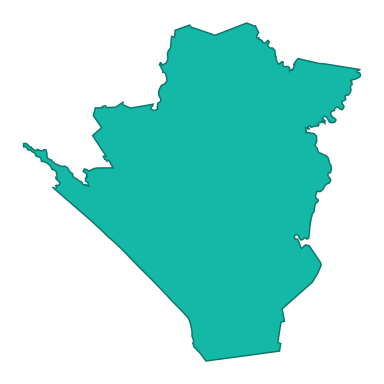 Elota, Sinaloa, Mexico (Albers equal-area conic projection)
{"feature_id": "50627088B50606245291674", "entity_name": "Elota", "entity_type": "district", "adm_level": 2, "iso_a3": "MEX", "parent_name": "Mexico", "parent_adm1": "Sinaloa", "projection": "albers", "projection_center": [-106.918, 24.031], "detail": "fine", "context": "isolated", "style": "filled", "palette": "teal", "viewbox_px": 384, "rotation_deg": 0, "n_neighbors": 0, "source": "geoboundaries", "source_scale": "gbopen_adm2", "svg_char_len": 5861}
<svg xmlns="http://www.w3.org/2000/svg" viewBox="0 0 384 384"><path d="M175.1,30.3L174.6,37.2L171.6,36.3L170.5,47.7L168.1,51.3L167.4,53.9L167.9,59.4L165.8,63.5L164.4,63.9L162.5,65.1L160.7,62.6L160.4,62.6L159.4,64.9L159.7,65.2L160.1,64.9L160.3,65.1L160.9,66.1L161.0,67.5L163.0,71.1L162.8,72.3L163.5,72.2L164.7,72.8L165.5,73.5L166.0,74.5L166.1,75.9L166.6,77.2L167.1,80.6L166.9,81.1L164.4,84.2L162.9,84.6L161.5,85.5L160.4,86.9L160.3,87.7L159.5,89.0L158.7,91.7L158.7,93.9L158.9,95.3L160.7,99.1L160.7,99.9L160.4,101.5L159.9,102.1L158.2,102.7L157.6,103.8L157.5,105.0L157.8,105.9L157.3,106.6L157.2,107.1L157.4,109.3L154.6,110.5L152.1,109.7L151.4,109.1L150.9,108.6L151.1,107.4L152.3,106.3L153.1,104.2L130.6,108.1L122.8,104.7L122.9,102.3L115.7,107.2L106.6,107.6L105.5,105.7L102.3,106.5L102.6,107.7L96.6,108.0L95.4,107.8L93.3,115.6L101.6,127.6L92.6,135.6L106.1,156.2L103.2,156.3L104.7,159.2L105.2,159.3L107.1,161.2L108.6,160.1L110.6,163.1L110.6,163.5L113.1,167.9L97.1,168.0L93.8,168.6L92.7,169.4L90.8,170.0L89.0,171.2L87.1,169.8L84.7,168.9L84.2,169.1L83.2,171.4L86.9,173.9L86.5,176.6L87.2,176.5L87.2,177.0L85.4,178.3L85.5,180.1L85.9,181.3L88.2,182.9L88.1,185.3L88.7,186.1L88.3,186.1L85.5,184.5L84.4,185.2L83.0,184.3L81.4,181.8L78.8,180.8L77.2,179.1L75.5,178.3L73.4,176.9L72.8,176.1L72.9,175.4L72.4,174.0L72.5,173.5L70.7,172.9L70.8,172.5L69.2,170.8L67.7,168.0L66.6,167.1L64.7,166.2L62.7,166.4L60.7,166.2L59.1,165.3L55.4,163.9L54.6,163.5L53.9,162.5L52.3,161.4L51.6,160.1L50.0,159.8L49.1,158.9L48.0,158.7L47.0,156.7L46.9,153.4L46.3,151.0L45.8,149.8L44.1,149.6L42.9,150.7L40.1,150.7L38.2,149.5L37.5,149.5L36.0,150.5L35.0,150.3L34.1,150.0L32.7,148.7L31.7,148.2L31.5,147.2L30.5,147.3L27.0,144.0L25.7,143.5L24.1,143.5L23.5,143.8L23.6,146.7L23.8,147.0L24.8,146.6L25.5,146.9L26.9,148.1L28.2,149.9L28.9,150.2L29.3,149.9L30.5,150.2L32.3,151.9L34.0,152.4L35.2,153.8L36.0,155.9L36.6,156.0L37.0,156.5L37.9,156.9L39.5,157.0L40.0,157.3L41.0,158.8L41.5,161.4L43.5,161.5L47.6,163.3L48.5,164.3L49.7,165.1L50.6,166.1L52.0,169.4L52.5,169.5L52.8,169.2L54.1,169.9L56.5,171.8L56.7,172.4L56.3,173.4L56.9,174.6L57.1,178.5L56.6,178.9L55.9,178.1L56.0,178.6L56.3,179.2L58.5,181.2L60.1,183.3L59.5,184.3L57.9,185.7L57.4,185.7L56.6,185.2L55.1,186.0L56.4,186.0L56.7,186.3L56.5,187.3L55.6,189.3L53.5,187.5L53.0,187.6L89.2,219.0L101.4,230.2L107.3,236.0L115.8,243.4L123.3,250.7L138.0,266.0L153.9,281.8L166.0,294.4L171.4,300.4L181.0,310.1L187.1,316.6L188.5,318.5L190.0,322.1L190.6,324.3L191.8,330.3L192.1,333.5L192.0,336.2L193.2,339.0L193.5,340.8L193.5,342.1L192.9,342.8L192.8,343.4L193.9,345.8L193.9,346.8L200.1,353.2L206.0,361.0L279.5,351.1L280.7,343.6L277.8,342.3L281.0,322.1L284.5,321.3L282.1,308.9L312.2,282.3L317.4,273.9L321.2,265.2L320.4,262.4L309.2,245.7L305.5,244.9L301.6,248.5L300.6,247.1L298.1,239.9L297.0,239.1L295.0,239.2L294.9,238.0L294.3,237.3L294.5,235.9L295.9,234.5L297.6,234.9L298.7,236.0L299.2,236.7L299.1,237.5L299.5,238.4L300.7,239.3L300.6,239.7L301.0,240.1L302.2,239.7L303.5,238.8L304.0,238.0L305.8,238.0L306.4,238.9L306.9,239.1L308.8,237.9L309.1,236.7L308.9,235.0L309.5,231.9L309.4,230.9L309.7,230.1L309.5,228.6L310.4,224.1L310.4,221.6L310.8,221.2L311.3,217.6L311.8,216.8L311.9,215.5L312.3,214.3L312.3,213.8L313.7,212.3L314.2,211.0L314.5,209.3L314.2,209.0L314.0,208.5L314.7,207.6L315.0,205.0L315.5,203.8L316.2,202.8L317.1,202.5L317.5,201.5L318.2,200.9L318.2,199.9L316.3,198.4L315.4,196.7L316.7,191.9L318.1,191.3L319.8,191.7L321.0,191.2L323.8,188.4L324.1,187.3L325.2,185.3L327.4,183.6L329.3,183.0L330.5,181.1L330.6,180.5L330.5,179.2L330.0,178.4L328.8,177.3L328.0,175.3L327.8,173.9L328.7,173.0L329.7,173.0L330.5,172.5L331.4,169.4L331.1,168.2L331.1,166.3L331.0,165.2L329.9,163.9L328.2,158.0L327.2,156.7L326.5,156.5L326.4,156.1L325.8,155.6L323.0,154.6L322.7,154.1L321.4,153.5L318.5,152.6L317.3,148.5L315.0,145.4L316.6,141.6L316.7,140.6L316.5,136.7L316.1,135.5L315.3,135.1L314.2,133.7L307.5,132.5L305.9,132.8L306.5,130.7L305.6,129.8L305.9,128.6L305.5,127.8L306.8,127.8L307.2,128.7L308.9,129.1L309.3,128.8L308.2,127.5L308.1,126.5L310.1,126.0L311.0,127.2L315.9,126.1L316.7,125.5L318.0,126.1L318.9,125.1L318.1,123.9L318.2,123.6L319.7,122.5L320.4,122.6L320.9,121.9L321.4,121.8L322.1,122.4L322.4,121.0L323.7,121.8L324.0,122.7L324.9,123.3L324.5,121.9L325.2,121.1L324.6,120.9L324.5,120.4L324.0,120.1L323.8,119.5L322.9,119.1L322.3,118.3L324.2,116.3L324.7,116.2L326.6,117.1L329.4,122.0L331.4,122.7L334.3,122.4L335.5,121.2L336.0,119.9L335.3,119.0L331.8,116.3L330.8,114.4L330.7,112.5L331.6,111.4L334.4,110.4L334.3,109.6L335.0,108.3L337.2,106.7L340.6,109.3L342.3,109.7L342.7,109.3L342.8,108.7L343.4,108.1L344.1,106.6L342.4,103.9L342.0,102.5L342.2,101.3L344.4,100.6L345.6,99.5L345.8,99.1L344.9,96.1L345.9,95.3L346.8,95.1L347.8,95.3L349.0,94.2L350.4,92.1L350.9,90.3L351.0,89.6L350.5,88.0L350.7,86.6L350.6,86.0L351.1,85.0L351.6,84.5L352.1,84.6L352.2,84.1L351.9,83.4L351.9,82.1L350.8,81.4L350.7,80.7L350.9,80.4L353.2,79.6L355.9,79.0L356.8,78.3L358.0,78.0L359.8,76.9L360.5,75.3L359.7,72.9L359.2,72.7L358.6,73.0L357.9,72.9L356.9,71.9L356.9,71.4L357.0,70.6L358.7,70.5L359.7,69.5L324.7,63.9L318.5,63.4L298.3,58.6L296.6,60.0L294.2,63.5L294.7,64.5L293.9,64.7L293.8,65.0L294.2,66.9L294.1,67.4L293.1,68.2L293.3,69.5L292.7,70.0L291.9,69.5L290.9,70.0L289.5,71.3L289.6,68.3L289.3,67.5L288.5,66.8L287.6,66.4L285.1,66.8L283.8,66.3L283.1,65.6L282.7,63.9L283.3,62.3L283.0,61.9L281.8,61.7L279.7,63.6L279.1,63.6L278.3,64.3L276.0,59.2L276.1,56.8L275.8,56.8L276.0,56.3L275.4,56.1L274.9,50.5L272.6,48.0L270.4,48.0L269.6,47.7L267.7,46.2L267.8,45.2L269.2,41.9L268.6,41.6L268.5,40.8L268.0,40.9L267.8,40.5L265.8,42.5L265.6,43.1L263.6,42.9L263.1,42.6L262.0,40.7L261.1,40.3L260.8,39.8L259.0,39.4L258.9,37.9L256.8,37.9L256.6,37.5L256.6,36.5L257.1,35.6L257.4,33.9L258.5,33.1L258.7,32.6L256.7,28.8L255.5,25.8L254.7,26.1L246.7,23.0L215.1,35.3L191.1,27.1L189.5,25.1L175.1,30.3Z" fill="#14b8a6" stroke="#0f766e" stroke-width="1.5"/></svg>